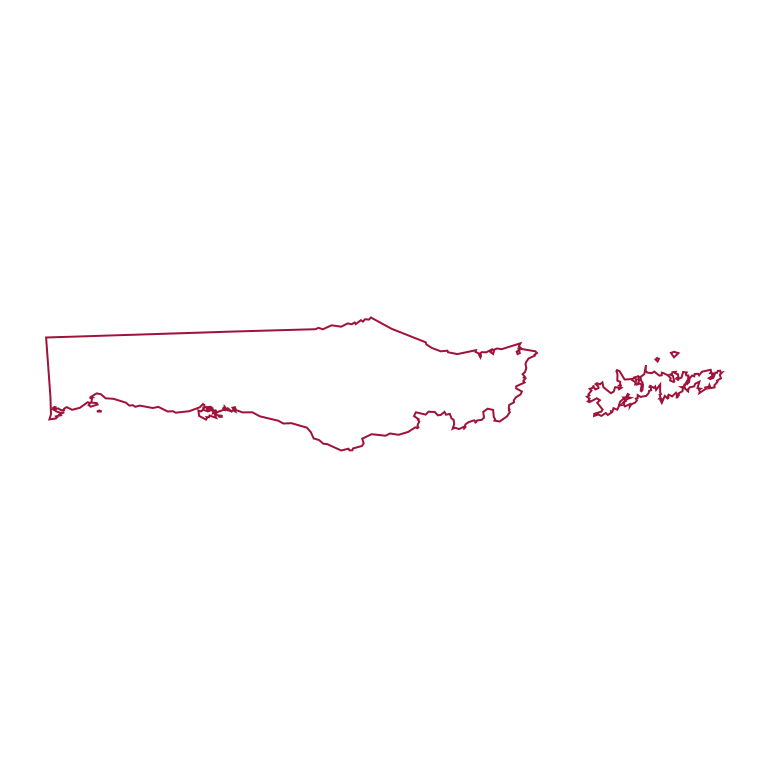 Ushuaia, Tierra del Fuego, Argentina
{"feature_id": "61730980B87507155551581", "entity_name": "Ushuaia", "entity_type": "district", "adm_level": 2, "iso_a3": "ARG", "parent_name": "Argentina", "parent_adm1": "Tierra del Fuego", "projection": "albers", "projection_center": [-65.54, -54.787], "detail": "fine", "context": "isolated", "style": "outline", "palette": "rose", "viewbox_px": 768, "rotation_deg": 0, "n_neighbors": 0, "source": "geoboundaries", "source_scale": "gbopen_adm2", "svg_char_len": 6094}
<svg xmlns="http://www.w3.org/2000/svg" viewBox="0 0 768 768"><path d="M46.1,337.5L50.4,396.4L51.0,414.2L49.4,419.4L55.8,418.5L57.0,417.4L56.0,416.4L60.6,415.3L59.6,414.5L64.3,412.2L60.6,412.9L56.6,411.5L53.5,409.6L54.8,409.3L53.1,408.0L54.4,407.0L55.5,407.2L54.8,408.7L58.4,408.5L61.1,410.2L64.1,410.1L64.1,408.7L66.7,407.1L72.1,409.8L79.9,407.8L87.7,402.2L90.2,403.0L88.6,405.0L90.7,406.7L97.6,404.5L96.8,403.1L91.3,402.6L92.0,398.6L89.6,397.7L92.4,397.4L91.2,396.7L96.7,393.4L100.9,394.2L105.6,398.3L113.4,398.8L125.8,402.6L129.4,405.6L132.7,405.2L135.4,406.8L139.8,405.6L152.6,408.0L158.4,406.9L167.7,411.5L173.0,411.2L175.7,412.7L189.3,411.2L199.7,407.3L203.0,404.0L204.3,404.9L204.7,407.2L203.3,407.5L203.1,409.2L204.6,407.3L210.8,406.8L212.5,408.3L211.6,409.8L212.3,410.5L215.7,410.4L216.7,412.4L223.6,409.8L226.2,410.5L222.6,407.9L226.0,408.6L224.4,407.6L224.5,406.5L227.4,410.2L229.7,410.8L227.1,407.7L231.6,411.5L233.7,409.3L232.6,407.7L234.9,407.2L235.8,409.6L233.3,408.6L234.0,409.4L233.7,410.7L235.3,411.5L234.4,409.5L242.6,412.4L252.4,412.3L259.8,416.3L278.2,420.7L283.3,423.5L291.5,423.2L307.0,427.7L310.9,432.3L313.6,438.4L319.2,440.1L323.4,443.8L326.9,444.0L341.2,450.5L348.5,448.7L349.5,450.3L352.3,450.3L353.1,448.4L361.9,446.0L363.7,443.3L362.2,438.7L371.6,434.2L385.6,435.7L390.0,433.5L398.6,434.8L408.2,431.9L415.2,427.4L417.5,428.2L418.3,427.3L417.5,426.4L417.8,424.4L419.3,421.6L418.0,419.9L418.6,419.2L414.0,416.1L415.9,412.3L425.7,414.6L428.5,411.7L434.7,412.0L437.9,415.3L440.6,415.0L444.5,411.9L446.0,414.7L449.8,413.9L451.5,418.4L453.6,419.8L454.2,424.0L452.6,428.8L455.0,427.7L459.0,429.1L463.6,426.9L464.1,428.5L465.5,427.0L464.7,426.2L465.6,424.2L468.7,422.1L474.2,420.3L475.6,421.5L475.1,423.2L477.3,420.4L481.6,419.9L484.0,417.7L483.2,411.9L487.6,408.7L493.1,409.9L493.8,416.9L495.2,419.6L494.5,420.6L499.6,421.5L506.9,416.5L509.8,412.2L508.8,410.2L509.5,409.3L508.7,408.2L509.2,405.0L514.0,402.3L513.8,400.3L516.0,397.2L520.6,394.4L521.9,391.5L516.2,388.4L516.2,386.3L524.6,382.5L523.3,381.0L525.5,378.3L523.8,377.6L524.7,376.6L522.6,374.1L525.0,372.1L526.3,368.0L525.5,364.2L526.2,361.9L528.6,358.5L534.8,355.6L534.5,354.7L537.0,353.0L535.3,351.3L520.5,348.8L519.1,350.6L519.8,353.1L517.6,354.1L516.7,351.6L519.0,350.2L518.4,348.4L520.5,347.7L518.9,346.2L520.4,343.3L501.6,349.2L497.0,348.5L494.3,349.6L493.2,354.0L490.5,352.1L492.9,348.9L486.3,352.3L481.6,352.2L480.5,353.0L481.0,356.0L480.4,357.5L479.1,355.0L480.0,354.1L475.5,351.9L476.0,350.2L457.3,354.1L447.9,352.2L447.4,350.7L440.7,351.3L432.0,348.0L426.3,344.4L425.7,342.3L391.6,328.8L370.9,317.5L369.0,319.6L365.1,319.2L363.0,321.6L360.9,320.2L355.7,324.1L354.6,322.5L351.7,324.3L347.8,323.4L341.1,326.7L331.6,325.3L322.8,329.3L318.5,327.8L315.6,329.2L238.0,331.4L46.1,337.5ZM647.2,372.6L645.6,370.6L646.0,365.1L644.3,374.2L640.6,376.8L640.9,380.1L642.7,383.2L642.0,384.8L643.0,385.0L642.5,389.9L641.5,391.2L640.7,390.7L641.7,384.9L639.9,383.5L637.7,384.3L639.1,380.5L638.4,378.7L639.2,376.9L638.4,376.2L634.2,377.5L636.7,379.9L635.4,382.1L636.4,383.8L635.3,384.3L635.5,382.3L631.7,379.7L632.6,379.0L624.6,379.5L619.6,371.2L617.0,370.1L616.4,371.2L617.5,374.1L617.3,380.6L620.1,381.7L620.3,384.5L619.3,385.4L620.8,385.6L620.1,387.3L621.4,387.8L619.0,389.3L618.3,387.6L615.1,387.2L613.7,391.6L610.9,393.2L603.5,387.3L602.4,382.4L600.0,384.3L596.9,383.2L595.6,384.1L598.3,386.4L598.5,388.1L595.4,389.4L593.6,387.0L593.8,385.4L592.5,387.9L589.7,388.9L591.5,390.7L588.5,394.2L589.3,395.5L587.0,396.7L589.6,398.6L588.7,400.2L589.6,400.7L588.1,401.5L589.4,402.2L596.8,398.3L599.9,400.2L597.2,402.8L602.6,409.6L601.2,411.7L594.3,413.8L594.1,415.9L598.3,414.5L601.3,415.9L605.8,413.0L607.8,415.0L611.3,412.7L611.0,411.3L612.4,411.7L613.5,408.2L617.3,409.7L619.1,405.6L620.6,405.3L619.1,404.7L620.3,401.5L624.1,398.3L623.4,397.5L626.1,397.3L627.7,394.0L628.8,394.6L626.9,396.9L630.7,397.8L624.8,399.9L625.9,400.9L623.9,401.8L622.6,403.4L624.3,403.0L623.8,404.9L624.9,406.4L630.0,404.1L629.8,406.7L631.4,404.3L635.0,402.7L636.9,400.4L635.9,398.6L637.7,398.1L637.7,395.1L640.5,396.9L646.2,395.9L648.6,393.2L649.1,390.8L651.1,390.3L650.8,387.3L649.5,386.9L650.2,385.8L654.0,387.9L655.2,386.5L656.1,389.9L660.2,384.5L660.1,392.4L661.0,394.0L659.6,394.8L660.5,397.5L659.3,398.7L661.5,399.1L660.5,400.5L661.8,402.9L664.8,395.9L667.6,398.5L668.5,397.8L667.9,395.9L668.7,394.7L672.1,396.4L676.0,392.7L676.9,394.4L676.7,397.4L677.4,397.3L678.9,395.0L678.7,393.3L682.4,391.3L683.0,388.1L681.2,387.1L683.5,386.9L684.5,384.5L685.3,384.5L684.4,386.6L685.4,389.3L688.0,390.0L687.4,390.9L688.1,391.4L688.2,389.1L689.8,387.3L694.2,386.4L695.2,383.7L699.4,381.7L697.5,388.1L700.6,388.7L699.0,389.8L699.8,391.6L699.4,393.0L705.9,388.8L705.2,387.5L708.9,386.7L709.4,385.0L710.2,387.0L708.9,388.3L714.6,387.4L714.4,385.3L717.6,381.7L717.1,380.6L721.0,378.3L719.8,374.9L721.9,372.6L720.6,373.0L720.2,370.7L717.8,370.9L717.0,372.8L715.3,372.7L713.4,377.8L710.2,379.1L708.8,378.2L712.2,376.2L712.1,374.5L713.6,373.5L710.3,373.1L711.2,371.9L710.7,369.8L701.9,371.7L699.1,375.4L698.1,373.8L694.7,374.0L694.3,376.3L692.2,375.5L689.8,378.0L689.1,382.0L687.1,384.1L685.9,383.1L689.0,377.7L688.2,378.0L688.3,375.5L686.3,375.4L685.8,374.2L686.7,372.5L683.1,372.0L681.5,377.6L678.5,378.8L678.0,380.6L677.9,378.7L675.5,378.9L678.4,377.0L677.9,374.2L675.2,373.3L675.8,371.8L672.4,372.2L672.0,374.6L671.4,374.1L670.2,374.6L672.9,375.8L674.3,381.4L673.7,382.0L670.1,380.4L670.7,378.2L667.7,375.2L663.0,372.9L661.8,372.7L661.7,375.3L659.3,375.6L654.3,371.6L651.7,373.2L647.2,372.6ZM203.0,409.8L200.6,411.4L198.4,410.5L199.1,415.9L206.0,419.6L207.1,418.0L206.6,417.1L209.1,417.1L209.5,415.5L216.2,417.9L215.0,414.9L217.0,414.9L215.4,412.5L213.0,413.3L213.5,411.9L211.4,410.0L208.0,411.4L203.0,409.8ZM678.4,353.1L674.1,351.8L670.9,352.9L674.0,357.3L678.4,353.1ZM208.2,407.7L206.9,408.7L208.3,410.4L211.5,409.2L208.2,407.7ZM657.0,358.0L655.5,359.5L657.6,361.5L658.9,358.8L657.0,358.0ZM101.7,411.5L99.2,410.5L96.9,411.5L101.7,411.5ZM218.0,415.4L219.3,416.8L221.8,416.8L221.7,415.7L218.0,415.4Z" fill="none" stroke="#9f1239" stroke-width="2"/></svg>